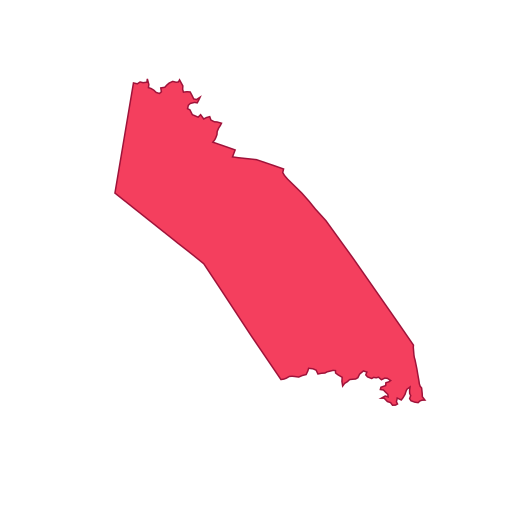 the district of Urupá, Rondônia, Brazil, rotated 58°
{"feature_id": "56859067B96121006788603", "entity_name": "Urupá", "entity_type": "district", "adm_level": 2, "iso_a3": "BRA", "parent_name": "Brazil", "parent_adm1": "Rondônia", "projection": "orthographic", "projection_center": [-62.372, -11.115], "detail": "fine", "context": "isolated", "style": "filled", "palette": "rose", "viewbox_px": 512, "rotation_deg": 58, "n_neighbors": 0, "source": "geoboundaries", "source_scale": "gbopen_adm2", "svg_char_len": 2257}
<svg xmlns="http://www.w3.org/2000/svg" viewBox="0 0 512 512"><g transform="rotate(58 256 256)"><path d="M458.2,186.7L455.7,185.5L453.4,185.8L450.9,185.2L448.5,184.1L441.8,181.4L437.0,179.4L428.4,176.2L425.9,175.5L423.6,174.5L416.8,171.0L415.0,169.7L392.5,170.7L378.3,171.4L309.0,174.9L263.1,178.0L247.6,180.8L237.7,182.0L227.0,183.8L207.5,188.5L202.8,189.2L199.4,189.1L196.8,186.5L191.7,190.6L183.3,197.4L174.5,204.6L163.2,219.0L159.5,223.4L155.0,217.5L138.3,230.9L136.6,232.3L135.5,229.2L134.3,227.3L132.4,224.8L129.8,222.9L127.6,219.7L126.5,217.2L125.1,214.9L121.7,218.0L120.1,220.2L116.8,222.2L113.3,221.4L112.3,224.8L112.1,227.7L106.8,228.1L107.6,231.5L102.4,235.1L97.0,234.6L94.8,236.0L92.3,233.5L91.8,230.9L93.2,226.7L95.0,224.7L93.4,221.9L91.7,219.3L91.8,223.5L89.8,225.6L86.1,225.2L82.0,224.9L80.1,227.5L78.6,230.7L75.8,229.9L73.0,227.9L66.1,227.5L67.3,229.5L66.4,231.6L63.8,234.1L63.3,238.1L63.8,241.2L64.6,243.9L63.0,247.7L66.6,249.2L67.0,251.8L64.4,254.0L61.2,254.8L58.4,256.2L56.2,258.0L53.8,256.0L48.2,254.3L50.8,256.4L49.2,259.9L47.0,262.1L47.1,265.4L44.3,268.2L127.9,342.3L200.7,316.5L203.7,315.5L208.2,313.8L210.7,312.9L221.8,308.9L234.9,304.4L264.9,303.6L319.1,302.4L322.3,302.3L374.0,300.3L375.2,297.5L375.7,295.0L375.8,291.6L377.1,289.1L378.5,287.3L381.3,283.9L381.9,280.0L383.1,276.3L380.9,272.9L379.1,270.9L381.9,267.4L384.7,265.5L388.9,266.0L390.1,262.7L391.8,259.5L391.9,257.2L393.0,253.8L393.8,251.3L395.3,249.3L397.4,250.5L400.1,249.5L404.5,247.2L407.9,249.6L412.2,251.4L411.0,248.4L411.0,245.1L410.4,242.1L411.7,239.4L413.1,236.7L413.2,234.1L411.1,230.8L410.4,225.8L413.2,223.5L415.0,225.9L417.6,225.5L421.2,222.8L421.3,220.5L423.0,218.6L423.7,216.3L427.4,215.2L427.8,211.5L429.4,209.4L433.0,207.8L433.1,210.0L432.3,213.0L434.6,214.7L433.5,219.6L435.1,221.3L437.2,218.9L440.1,218.3L443.2,217.5L445.5,218.6L443.2,220.6L443.0,225.1L444.5,222.7L446.8,222.2L449.1,221.7L451.6,219.6L454.9,219.3L456.4,216.7L456.5,214.4L454.1,214.2L451.3,211.5L455.1,209.1L454.1,206.4L452.3,202.9L450.4,200.7L449.0,198.7L448.7,194.8L451.7,197.2L454.0,198.5L456.4,198.8L458.4,201.3L460.9,201.3L464.1,198.8L466.3,196.2L465.8,193.9L466.2,191.7L467.7,189.1L463.5,189.5L461.0,188.1L458.2,186.7Z" fill="#f43f5e" stroke="#9f1239" stroke-width="1.5"/></g></svg>